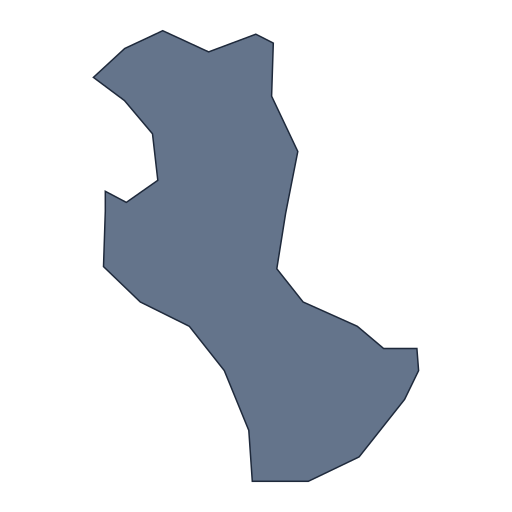 an SVG outline of Borgo Maggiore
{"feature_id": "SMR-4883", "entity_name": "Borgo Maggiore", "entity_type": "state/province", "adm_level": 1, "iso_a3": "SMR", "parent_name": "San Marino", "parent_adm1": "", "projection": "natural_earth1", "projection_center": [12.438, 43.942], "detail": "fine", "context": "isolated", "style": "filled", "palette": "slate", "viewbox_px": 512, "rotation_deg": 0, "n_neighbors": 0, "source": "natural_earth", "source_scale": "10m", "svg_char_len": 494}
<svg xmlns="http://www.w3.org/2000/svg" viewBox="0 0 512 512"><path d="M93.4,77.4L124.7,48.5L162.7,30.7L208.6,51.9L255.8,34.2L273.3,43.1L271.6,96.2L297.8,151.5L285.6,213.5L276.8,268.8L303.1,302.0L357.3,326.3L383.6,348.5L416.9,348.5L418.6,370.6L404.6,399.4L359.1,456.9L308.3,481.3L252.3,481.3L248.8,430.4L224.3,370.6L189.3,326.3L140.3,302.0L103.5,266.6L105.3,211.3L105.3,191.3L126.3,202.4L157.8,180.3L152.5,133.8L124.5,100.6L93.4,77.4Z" fill="#64748b" stroke="#1e293b" stroke-width="1.5"/></svg>